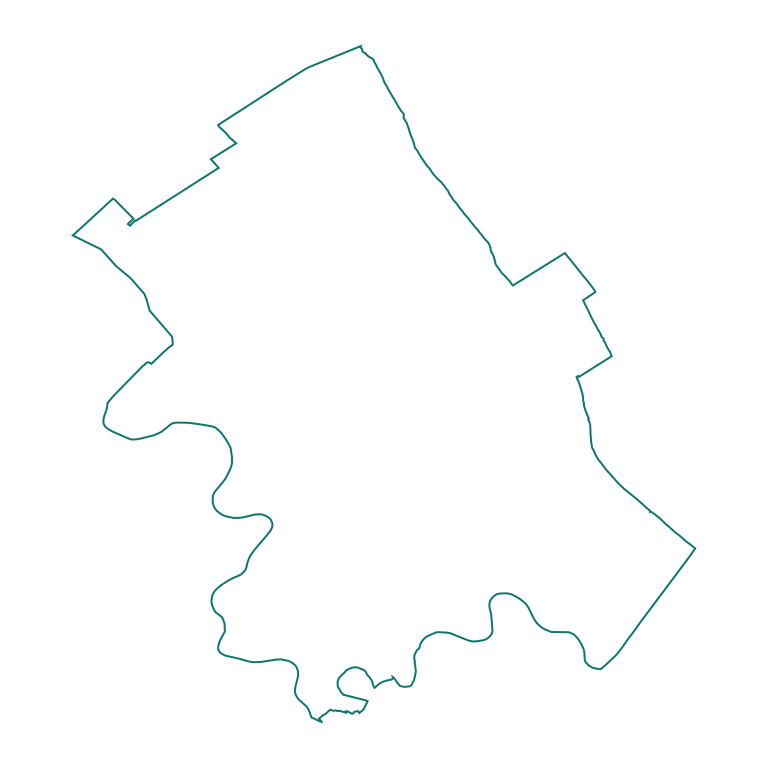 outline of Candesti, Botosani, Romania
{"feature_id": "2599482B64349718392077", "entity_name": "Candesti", "entity_type": "district", "adm_level": 2, "iso_a3": "ROU", "parent_name": "Romania", "parent_adm1": "Botosani", "projection": "robinson", "projection_center": [26.21, 47.926], "detail": "fine", "context": "isolated", "style": "outline", "palette": "teal", "viewbox_px": 768, "rotation_deg": 0, "n_neighbors": 0, "source": "geoboundaries", "source_scale": "gbopen_adm2", "svg_char_len": 6086}
<svg xmlns="http://www.w3.org/2000/svg" viewBox="0 0 768 768"><path d="M600.6,669.2L605.2,665.4L616.7,654.5L622.7,646.8L627.6,639.6L634.3,630.8L639.8,623.0L677.2,573.1L690.0,555.9L695.2,548.5L691.3,545.2L685.5,541.0L679.2,535.3L675.4,532.5L664.1,522.5L659.4,517.9L650.7,511.4L650.1,511.8L650.1,511.3L649.7,510.6L648.4,509.3L645.8,507.2L642.3,503.9L634.9,497.5L624.1,488.9L618.0,483.0L605.9,469.4L599.6,461.0L598.7,460.1L597.8,458.8L595.6,454.9L593.4,449.9L592.2,447.8L591.9,446.7L591.1,441.5L590.9,438.0L590.5,434.3L590.3,426.4L590.2,425.0L589.2,421.3L588.2,419.2L588.8,418.5L586.4,412.9L585.2,409.8L584.0,405.7L583.9,403.0L583.2,400.7L583.1,398.3L582.5,394.1L579.6,384.5L578.6,381.6L577.3,379.2L576.6,376.8L578.2,376.0L578.9,376.9L611.7,356.2L610.0,351.8L607.7,348.4L604.7,342.1L603.4,340.2L603.6,339.3L603.5,338.4L602.0,337.5L601.6,336.9L600.5,334.0L598.6,330.4L598.0,330.0L596.3,326.4L594.3,323.0L590.8,316.3L589.5,313.3L583.1,300.3L595.3,292.1L593.7,289.1L587.6,281.1L582.3,274.8L572.1,261.9L564.8,253.1L512.9,285.5L512.2,284.8L509.8,281.4L506.0,277.2L501.5,272.6L496.0,264.8L495.4,263.6L495.0,261.1L493.4,255.7L491.0,251.3L490.7,250.5L490.5,248.1L489.6,245.2L488.8,243.6L487.5,241.8L485.5,239.9L483.7,237.7L482.9,236.4L479.7,232.7L478.8,231.2L477.2,229.2L476.3,228.5L471.3,222.4L468.7,218.8L464.4,214.0L462.7,211.6L459.5,207.8L456.6,203.5L452.7,199.2L451.9,197.5L449.8,194.7L447.9,190.7L445.5,187.7L444.2,185.7L442.9,184.4L441.2,182.1L438.3,179.6L434.0,175.0L431.2,171.2L430.2,169.4L426.7,165.3L422.3,159.0L420.6,156.5L417.3,150.7L414.8,147.5L414.3,144.9L413.1,140.9L412.2,138.4L410.4,134.5L408.4,127.7L406.4,122.4L404.8,120.2L403.7,117.8L403.5,117.1L403.9,115.1L403.6,113.9L402.6,112.5L401.2,111.1L398.9,107.5L393.8,98.5L392.7,96.9L389.1,90.7L387.4,87.5L384.2,82.0L382.9,78.1L381.2,74.4L380.1,72.6L378.4,69.5L377.0,67.5L376.4,65.6L373.7,60.9L373.5,59.7L372.3,58.7L368.5,56.5L366.8,54.9L365.5,53.3L363.3,52.2L362.6,51.5L362.2,51.0L362.2,49.3L360.5,47.5L360.5,46.8L360.8,46.1L314.7,64.8L308.7,67.3L305.8,68.8L287.1,80.4L218.1,125.0L219.1,126.7L225.9,133.0L229.3,137.2L236.2,143.3L210.9,159.2L218.7,167.9L135.9,220.8L135.1,220.4L130.1,225.7L127.9,224.0L133.4,218.6L114.9,199.9L113.0,198.6L72.8,235.5L101.0,249.3L116.3,266.3L130.6,278.2L144.4,294.0L146.5,299.3L149.7,310.7L172.2,336.8L172.8,344.6L168.0,348.2L163.3,352.4L151.4,363.8L148.7,362.3L147.0,362.5L143.9,365.3L142.4,366.4L113.8,395.6L107.5,403.0L107.1,407.3L106.6,409.3L104.3,416.0L103.6,418.7L103.4,421.9L103.6,423.5L104.6,425.7L105.2,426.6L107.3,428.5L112.6,431.6L128.0,438.3L130.0,439.1L132.5,439.6L138.5,439.1L153.9,435.3L159.7,432.7L161.8,431.6L170.2,424.7L171.6,423.8L173.0,423.2L175.5,422.7L177.7,422.6L188.2,422.8L191.7,423.2L204.6,425.0L212.8,426.6L214.7,427.2L215.9,428.0L219.1,430.7L222.0,433.8L225.6,439.0L227.7,442.5L230.1,446.9L230.6,448.0L231.9,456.5L232.1,463.0L230.5,468.4L228.4,473.0L226.6,476.6L225.1,479.1L222.6,482.4L215.9,490.4L214.4,492.5L213.1,495.2L212.7,497.3L212.8,502.4L213.3,504.7L214.8,508.3L216.6,510.6L218.1,511.9L222.1,514.8L224.5,515.8L227.1,516.6L234.1,518.0L240.4,517.7L243.0,517.4L255.1,514.5L260.0,514.3L262.0,514.5L263.5,514.9L265.6,515.8L269.2,517.9L270.7,519.7L272.2,522.7L272.4,524.1L272.4,525.4L272.2,526.9L271.8,527.9L270.5,530.6L266.6,535.7L260.6,542.6L254.1,550.4L250.9,554.8L249.5,557.2L247.6,562.1L246.1,568.5L245.7,569.3L244.3,571.5L241.3,574.3L237.1,576.4L234.2,577.5L227.8,580.8L221.2,585.1L216.1,589.5L214.8,590.9L212.9,594.1L212.4,595.4L211.8,597.8L211.4,601.5L211.8,604.2L212.6,606.6L213.7,609.0L215.2,611.8L216.3,612.8L221.4,616.6L222.2,617.5L222.8,618.7L224.2,622.5L224.6,624.2L224.9,631.4L220.2,640.1L219.4,642.1L218.2,646.4L218.2,648.3L218.3,649.5L219.4,651.8L220.4,652.9L223.6,654.8L225.9,655.8L237.6,658.3L248.4,661.4L251.3,661.9L254.9,662.2L259.3,662.0L262.6,661.7L275.7,659.6L280.9,659.4L282.3,659.6L288.2,660.9L290.0,661.6L291.7,662.5L294.8,664.9L295.9,666.1L296.8,667.9L298.0,671.2L298.1,674.5L297.9,676.9L295.9,684.8L294.9,689.4L295.0,692.3L295.6,694.3L296.2,695.8L297.6,698.0L298.9,699.6L306.8,706.7L308.0,708.7L309.5,711.9L311.4,717.4L320.3,721.5L321.6,721.9L321.4,721.2L320.8,720.7L319.4,719.0L319.1,718.5L319.3,718.3L321.0,716.9L322.8,715.2L326.0,713.9L326.5,712.9L330.4,709.7L330.8,709.7L332.1,710.5L333.2,710.8L334.3,710.7L335.7,710.3L337.6,711.1L338.8,710.9L340.6,711.0L342.5,711.8L344.6,712.1L345.8,712.9L346.2,712.8L346.3,712.5L346.0,711.3L346.9,711.3L348.5,711.8L352.0,713.7L353.0,713.6L354.2,712.1L355.0,711.6L358.0,711.1L358.5,711.5L359.3,713.0L363.3,709.8L367.1,702.4L367.6,701.2L365.7,700.3L343.5,694.8L340.9,692.0L337.8,686.5L337.5,682.2L338.8,678.4L339.5,677.4L342.4,674.4L343.7,673.5L345.6,671.2L347.0,669.9L350.3,668.3L353.6,667.4L356.0,667.2L358.0,667.6L360.8,668.9L363.9,670.0L364.5,670.4L365.9,672.1L366.2,672.5L366.9,674.5L368.7,676.3L371.2,679.7L372.4,682.0L372.7,683.9L373.8,686.8L374.4,687.8L375.4,687.1L379.1,683.9L382.0,682.1L387.0,680.5L390.5,679.8L392.1,679.2L392.9,678.3L392.6,676.8L393.2,677.2L395.6,680.0L397.3,682.6L398.8,684.4L399.6,685.7L402.3,686.6L405.3,686.8L408.9,686.4L410.4,685.9L411.4,685.3L414.0,680.0L415.0,676.3L415.3,674.2L415.9,671.6L414.8,663.1L414.8,660.9L414.2,658.0L414.2,657.2L414.6,655.2L414.8,654.4L416.8,650.4L417.4,649.8L418.9,648.6L419.3,648.1L420.1,645.0L420.9,643.0L422.2,641.0L423.8,639.0L425.7,637.3L427.8,636.0L430.9,634.6L436.3,632.3L439.3,632.2L446.9,632.6L450.4,633.3L467.7,640.2L470.6,641.0L472.9,641.5L476.0,641.4L482.7,640.3L484.7,639.8L486.5,639.0L488.8,637.4L490.1,636.1L491.0,635.0L491.8,633.5L492.5,631.1L491.9,622.5L491.0,613.4L489.7,608.5L489.3,605.7L489.7,602.2L490.1,601.1L491.2,599.0L492.9,597.0L495.0,595.3L497.2,594.1L500.1,593.5L507.3,593.3L511.6,594.4L515.9,596.5L520.8,599.6L525.1,603.2L526.6,604.9L528.2,607.2L530.6,612.0L532.4,615.9L534.0,618.8L535.7,621.5L537.6,624.0L542.5,628.1L545.2,629.5L550.8,631.8L551.8,632.0L568.6,632.2L571.6,633.3L574.3,634.9L575.6,636.1L578.4,639.4L580.9,643.3L583.3,648.3L584.0,650.3L584.4,653.0L584.8,659.8L585.2,661.2L586.4,663.0L588.2,665.0L590.1,666.3L592.6,667.7L595.9,668.6L600.6,669.2Z" fill="none" stroke="#0f766e" stroke-width="2"/></svg>